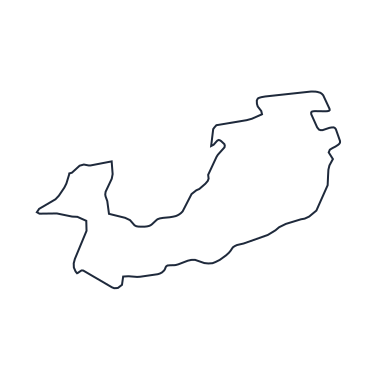 outline of Ingush, rotated 77°
{"feature_id": "RUS-2303", "entity_name": "Ingush", "entity_type": "Republic", "adm_level": 1, "iso_a3": "RUS", "parent_name": "Russia", "parent_adm1": "", "projection": "orthographic", "projection_center": [44.85, 43.115], "detail": "fine", "context": "isolated", "style": "outline", "palette": "slate", "viewbox_px": 384, "rotation_deg": 77, "n_neighbors": 0, "source": "natural_earth", "source_scale": "10m", "svg_char_len": 2246}
<svg xmlns="http://www.w3.org/2000/svg" viewBox="0 0 384 384"><g transform="rotate(77 192 192)"><path d="M239.0,324.1L234.9,323.3L230.9,321.2L206.1,303.5L196.3,301.5L190.4,309.3L189.0,314.3L182.5,328.5L178.8,345.5L176.8,347.7L174.0,344.7L168.4,326.7L165.7,322.6L159.0,315.4L155.5,312.5L147.2,307.7L146.3,307.4L146.2,304.7L141.1,295.6L140.9,291.2L142.9,286.7L143.3,285.0L144.1,263.4L156.7,265.3L161.0,267.2L172.3,276.1L174.9,277.1L176.9,277.2L181.8,276.6L194.6,277.8L202.1,263.0L205.5,258.7L211.5,255.5L212.8,254.0L213.7,251.9L215.1,246.2L215.4,243.6L215.4,241.5L215.1,239.9L214.5,238.4L211.5,233.2L210.8,231.8L210.5,229.3L210.7,226.0L211.6,219.4L211.8,215.9L211.8,213.2L211.5,211.5L211.1,210.0L210.5,208.5L210.0,207.4L208.8,205.5L193.9,192.9L191.3,187.4L190.7,184.2L187.0,177.2L184.8,174.2L182.7,172.8L178.9,172.4L163.3,160.2L161.5,158.4L155.8,150.3L154.1,149.6L152.6,149.7L148.9,152.2L147.9,153.2L147.3,154.3L147.6,155.7L148.3,156.8L150.8,160.3L151.5,163.0L135.5,157.2L134.1,155.6L132.4,153.2L134.3,122.6L134.1,117.2L132.0,106.3L131.9,106.3L128.7,106.3L123.5,108.7L120.7,108.9L117.5,108.3L116.2,107.3L115.5,106.4L115.3,104.9L115.2,103.1L115.4,99.2L120.9,53.3L121.9,49.3L122.7,47.3L124.2,44.6L125.7,43.3L127.3,42.4L141.9,39.3L143.1,39.4L143.7,40.3L143.7,41.9L143.4,43.7L140.8,54.3L140.6,56.0L140.7,57.4L141.6,58.1L143.1,58.3L157.2,55.5L159.8,54.2L160.7,52.7L161.1,50.9L160.4,43.7L160.5,41.7L160.9,39.4L161.9,38.3L163.2,37.7L175.7,36.3L177.2,36.7L178.2,37.7L178.9,39.0L180.0,42.0L180.8,45.2L181.8,48.2L184.2,49.9L191.6,47.3L197.0,52.1L201.0,54.1L206.9,55.8L215.9,58.3L238.1,75.0L242.3,83.4L243.3,88.2L243.1,92.0L244.2,107.7L245.9,115.0L248.1,119.3L250.9,127.8L253.8,153.3L253.8,160.1L254.3,162.4L255.0,164.4L255.9,165.5L257.9,167.6L259.5,169.7L261.3,172.9L264.4,180.2L265.5,184.8L266.0,188.0L265.3,192.2L264.0,196.0L258.8,204.3L258.0,208.0L258.0,211.6L259.4,221.7L259.5,224.3L259.3,225.9L258.5,229.6L258.1,232.4L258.6,233.8L259.5,234.7L260.8,235.5L262.1,236.7L263.6,239.3L264.2,241.6L264.4,243.8L262.9,261.6L262.4,264.6L259.8,272.8L258.9,278.1L266.7,281.1L268.8,285.7L268.6,287.6L268.2,289.5L266.9,291.4L244.1,315.6L243.6,317.0L243.7,317.7L245.2,321.6L245.3,322.3L243.3,323.3L239.0,324.1Z" fill="none" stroke="#1e293b" stroke-width="2"/></g></svg>